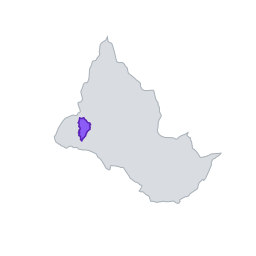 Ouanda-Djallé, Vakaga, Central African Republic shown in context, rotated 242°
{"feature_id": "33826404B28698929649290", "entity_name": "Ouanda-Djallé", "entity_type": "district", "adm_level": 2, "iso_a3": "CAF", "parent_name": "Central African Republic", "parent_adm1": "Vakaga", "projection": "natural_earth1", "projection_center": [22.364, 9.073], "detail": "fine", "context": "in_parent", "style": "filled", "palette": "violet", "viewbox_px": 256, "rotation_deg": 242, "n_neighbors": 0, "source": "geoboundaries", "source_scale": "gbopen_adm2", "svg_char_len": 4791}
<svg xmlns="http://www.w3.org/2000/svg" viewBox="0 0 256 256"><g transform="rotate(242 128 128)"><path d="M171.5,94.8L173.5,95.5L173.9,96.2L173.3,98.6L173.7,100.0L174.8,101.3L176.0,101.8L177.1,102.1L181.0,102.9L182.7,103.8L184.8,106.6L187.5,109.1L188.1,110.4L188.0,111.7L187.2,113.1L187.3,113.7L188.6,115.2L190.0,116.7L192.6,118.4L197.1,121.1L199.1,122.8L199.8,124.2L201.0,125.6L202.6,127.0L203.6,128.0L202.9,130.9L203.1,131.8L203.5,132.7L204.5,133.8L204.9,135.3L205.8,137.1L206.9,137.9L208.7,138.3L209.7,139.1L211.7,140.6L213.7,141.8L214.6,142.7L215.1,143.5L215.5,144.4L215.7,145.3L215.8,147.2L216.1,149.7L217.2,151.3L218.2,152.6L214.2,151.2L213.6,151.1L212.9,151.4L210.8,153.1L210.1,153.3L207.5,153.0L201.1,151.6L196.2,150.3L194.7,149.8L192.1,149.3L190.3,150.2L188.7,153.3L188.2,154.0L185.7,154.9L184.5,154.6L181.5,155.5L176.9,154.2L175.3,154.4L174.0,155.1L170.7,156.5L168.7,157.3L166.4,158.0L164.2,159.2L162.7,159.8L161.3,159.8L160.0,159.1L158.6,158.6L156.8,158.5L155.1,158.8L153.5,160.0L152.9,160.9L151.6,163.3L150.1,167.1L149.5,167.9L148.9,168.3L141.8,166.4L138.7,165.9L136.6,166.5L134.0,165.4L132.9,165.3L132.3,165.6L130.9,165.1L128.5,163.8L126.2,163.3L124.2,163.4L123.0,163.0L122.0,161.7L120.7,159.4L118.4,157.1L115.2,155.2L113.3,153.8L112.5,152.9L110.9,152.4L108.3,152.3L105.8,153.2L102.3,156.1L99.0,162.0L97.1,164.3L95.6,164.9L95.3,166.3L96.0,168.6L96.2,171.2L95.7,175.6L95.9,178.9L95.1,178.3L94.3,176.8L94.0,176.5L91.8,177.2L90.7,177.8L90.1,178.4L89.6,178.5L88.9,177.7L88.4,177.5L87.5,177.7L86.6,177.7L86.1,177.6L85.7,177.6L84.7,177.2L80.9,175.9L80.3,175.5L79.5,175.5L77.6,176.6L76.6,176.9L73.5,177.6L70.2,177.9L68.9,177.9L68.0,178.4L67.5,179.1L66.4,183.2L66.2,183.9L66.2,184.9L65.9,188.2L66.0,189.3L62.1,198.3L61.4,196.8L61.0,195.1L60.8,193.0L60.9,192.5L60.7,191.9L60.3,190.2L60.7,189.2L60.4,188.0L59.6,186.9L58.9,186.1L58.5,185.3L58.2,185.0L57.4,184.9L56.4,184.5L52.0,179.2L47.4,173.2L46.5,171.3L46.1,170.2L47.2,170.1L47.5,169.9L47.5,169.3L46.9,167.8L46.5,165.9L46.0,164.7L44.2,162.9L42.5,161.5L41.9,160.8L41.6,159.7L41.0,153.3L40.7,151.5L40.1,150.7L39.8,150.3L39.6,149.8L39.7,148.7L39.9,147.7L39.9,147.3L40.4,146.4L40.4,140.4L39.8,139.6L38.8,139.6L38.3,138.7L37.8,137.6L38.0,136.8L39.0,135.6L39.6,135.2L41.6,134.2L42.1,133.7L42.5,133.1L42.7,132.3L43.8,129.3L45.5,126.2L46.3,125.6L48.0,121.1L48.4,119.9L48.7,118.8L49.2,117.9L51.1,116.3L52.5,113.7L54.0,113.8L55.6,114.2L57.6,114.5L59.1,113.9L60.1,112.9L65.0,111.1L65.3,109.7L66.1,108.9L67.0,108.3L67.3,108.2L67.4,108.6L67.9,110.1L69.0,111.6L70.6,113.2L71.1,113.1L72.1,111.9L74.6,111.1L75.2,110.8L77.0,109.0L79.2,107.9L80.5,107.4L82.6,106.3L84.2,106.4L86.7,106.2L90.8,105.7L93.8,105.5L95.3,105.3L95.7,105.0L96.3,103.3L96.8,102.8L97.9,102.1L100.1,99.5L101.6,97.3L102.0,96.5L102.3,96.3L102.9,95.4L102.3,94.5L99.8,92.5L99.9,92.2L99.7,91.9L99.9,91.6L100.8,90.9L102.1,90.0L103.4,89.6L107.0,89.7L110.0,89.5L110.7,89.5L113.1,89.1L114.7,88.7L116.3,87.7L120.0,87.8L123.2,85.4L124.1,85.0L124.5,84.6L124.6,84.3L126.0,83.3L127.7,81.4L129.0,79.6L129.3,78.4L132.8,74.2L134.1,74.2L134.7,73.7L136.1,70.9L136.5,70.4L138.0,69.9L138.7,69.1L139.3,67.8L139.3,66.3L139.0,65.1L139.0,64.5L139.3,63.9L139.9,63.4L142.6,61.9L143.2,61.1L143.7,60.5L144.4,60.4L145.2,60.4L145.7,60.0L146.3,59.3L148.2,58.4L149.9,57.7L151.7,58.0L155.0,58.9L155.9,60.9L156.4,61.6L160.5,66.4L161.2,67.5L163.2,70.9L164.5,73.3L165.9,76.6L166.0,78.4L165.8,80.0L165.5,84.4L165.2,85.6L163.4,88.0L163.3,89.1L163.7,90.0L164.2,90.3L164.6,90.8L164.4,92.8L165.0,93.6L166.3,94.2L169.7,94.6L171.5,94.8Z" fill="#d9dde1" stroke="#a8b0b8" stroke-width="1"/><path d="M138.4,81.1L138.9,81.6L138.9,81.8L139.1,82.4L139.5,82.8L139.9,83.2L140.1,84.9L140.4,85.1L140.8,86.0L141.0,86.9L141.7,87.3L142.1,88.1L142.6,88.3L143.1,88.8L143.2,89.6L144.2,90.3L144.2,90.9L144.2,91.4L144.5,92.2L144.7,93.8L145.1,94.0L145.7,94.3L146.0,94.7L146.9,95.1L147.6,95.0L148.2,95.2L148.4,95.4L148.5,95.8L148.5,96.5L149.2,96.4L149.5,96.5L149.9,96.7L150.3,96.6L151.2,95.5L151.9,94.9L152.5,94.7L154.3,94.7L155.9,93.9L157.0,93.7L157.6,93.9L157.8,93.8L158.0,93.4L157.9,92.6L158.0,91.6L158.3,91.3L159.6,90.1L159.1,89.6L158.3,89.1L158.0,89.0L157.5,88.3L156.8,87.7L156.4,87.6L156.3,87.2L156.2,86.8L156.1,86.5L155.9,86.5L155.7,86.7L155.4,86.8L155.0,86.8L154.2,86.6L153.8,86.3L153.3,86.1L152.9,85.8L152.3,85.2L151.1,85.7L150.8,85.7L150.5,85.6L150.1,85.5L149.8,85.5L149.6,85.4L149.4,85.0L149.4,84.6L149.4,84.3L149.2,84.1L148.7,84.0L148.3,83.9L148.5,83.3L147.6,82.7L147.1,83.1L146.5,83.1L146.4,82.9L146.4,82.6L146.5,82.2L146.3,82.3L146.0,82.6L145.8,82.5L145.3,82.1L145.2,81.9L145.2,81.6L145.0,81.3L144.8,81.2L144.4,81.1L143.9,81.4L143.1,82.1L142.4,81.8L142.0,81.7L141.7,81.5L141.1,81.4L140.8,81.1L140.4,81.1L140.0,80.7L139.7,80.9L139.3,81.0L139.1,80.9L138.6,81.0L138.4,81.1Z" fill="#8b5cf6" stroke="#5b21b6" stroke-width="1.5"/></g></svg>